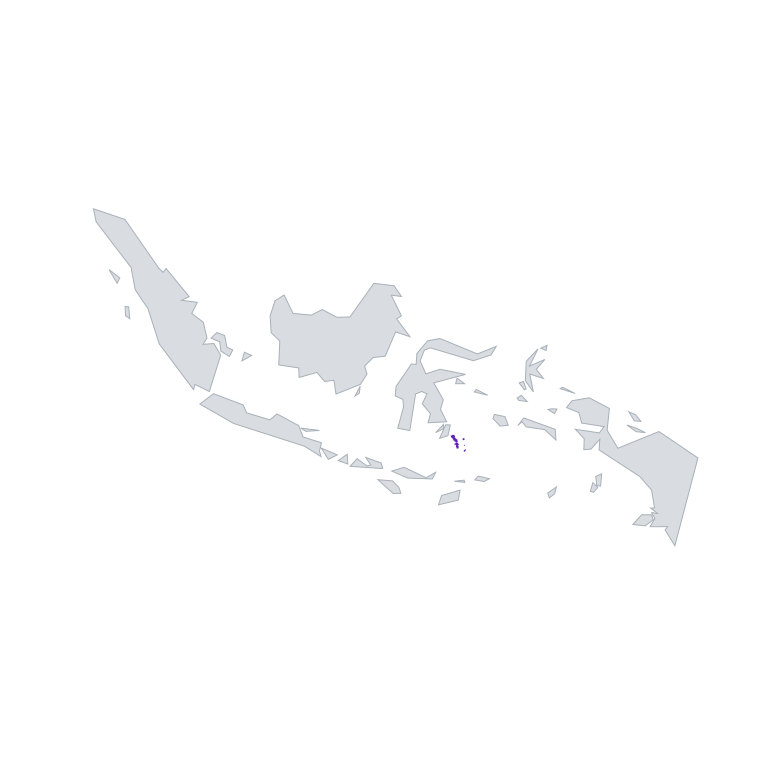 Wakatobi, Sulawesi Tenggara, Indonesia (highlighted), rotated 13°
{"feature_id": "22746128B42553963392557", "entity_name": "Wakatobi", "entity_type": "district", "adm_level": 2, "iso_a3": "IDN", "parent_name": "Indonesia", "parent_adm1": "Sulawesi Tenggara", "projection": "albers", "projection_center": [123.878, -5.686], "detail": "fine", "context": "in_parent", "style": "filled", "palette": "violet", "viewbox_px": 768, "rotation_deg": 13, "n_neighbors": 0, "source": "geoboundaries", "source_scale": "gbopen_adm2", "svg_char_len": 6497}
<svg xmlns="http://www.w3.org/2000/svg" viewBox="0 0 768 768"><g transform="rotate(13 384 384)"><path d="M266.7,319.8L279.5,335.7L297.7,333.2L307.0,325.4L323.2,329.6L335.7,326.4L351.5,288.2L371.6,286.0L381.3,294.8L371.1,295.8L385.6,313.7L381.7,317.8L398.7,332.1L383.6,330.6L378.9,356.7L367.4,360.6L361.1,371.0L365.2,378.2L361.1,389.7L339.5,404.6L334.4,391.7L325.5,394.9L316.0,387.8L299.8,396.7L297.3,387.5L277.2,389.1L272.8,365.6L262.5,359.3L257.7,343.2L259.1,327.4L266.7,319.8ZM61.5,278.6L94.6,282.0L138.4,321.7L143.7,324.9L145.7,320.5L174.5,342.7L167.9,348.0L183.7,346.4L180.8,358.5L194.0,364.5L201.2,379.0L198.7,386.1L209.1,382.8L218.4,392.6L215.5,430.6L199.9,426.9L199.6,432.3L156.1,395.6L137.1,363.7L120.3,348.0L111.4,327.4L67.1,290.8L61.5,278.6ZM706.5,385.4L703.8,476.2L690.7,463.0L692.4,459.2L675.3,463.2L678.3,454.1L673.7,449.3L675.4,448.7L678.1,449.1L679.7,448.6L671.8,444.9L675.5,443.9L668.6,427.2L654.1,416.6L608.4,399.9L606.7,389.2L600.3,400.9L593.5,403.0L591.4,392.3L580.6,385.1L604.8,383.2L608.0,376.0L585.4,377.6L580.3,368.0L567.2,365.9L571.0,358.0L587.0,351.3L609.1,357.1L611.8,378.9L626.3,394.0L662.6,368.5L706.5,385.4ZM481.7,331.7L465.8,341.2L421.1,338.3L415.7,341.9L414.0,353.4L422.5,364.7L435.2,357.1L461.3,356.3L432.2,371.7L445.3,386.0L444.8,396.0L453.5,406.7L435.6,411.9L436.0,402.6L425.8,394.7L428.0,383.9L422.4,382.8L417.0,386.7L419.6,423.6L407.4,424.0L408.2,401.9L405.9,394.7L397.6,393.1L396.3,383.7L406.2,358.3L410.9,357.7L409.2,346.9L416.8,332.1L428.2,327.1L468.3,333.7L484.9,322.1L481.7,331.7ZM220.1,431.8L251.5,436.1L256.6,443.0L280.9,444.6L286.4,437.2L310.2,443.7L317.0,453.8L336.3,455.3L336.2,463.9L339.0,468.9L320.4,462.5L246.4,456.3L209.1,445.0L220.1,431.8ZM521.7,333.9L535.2,323.9L529.1,335.5L538.1,342.8L523.8,341.5L531.3,358.1L521.0,349.0L517.5,329.8L526.1,315.2L521.7,333.9ZM527.9,385.6L561.0,389.7L564.1,399.8L550.8,392.3L532.3,393.8L526.9,389.7L523.7,394.4L527.9,385.6ZM452.4,465.7L428.2,470.3L411.2,467.1L422.3,460.6L446.0,465.9L454.2,458.6L452.4,465.7ZM382.7,459.7L399.0,461.6L401.8,466.7L369.5,471.8L374.6,462.8L385.8,467.7L389.4,465.8L382.7,459.7ZM482.0,470.3L482.5,480.4L464.3,489.4L465.2,479.7L482.0,470.3ZM217.8,372.6L222.7,383.5L229.0,384.8L227.1,391.9L217.7,388.7L214.4,379.8L205.2,378.2L209.6,371.5L217.8,372.6ZM670.4,463.5L658.1,464.8L664.4,453.5L674.0,451.3L676.9,455.6L670.4,463.5ZM414.1,476.5L421.6,481.3L425.1,486.7L417.5,488.6L399.6,478.6L414.1,476.5ZM509.2,388.6L514.3,396.3L506.7,398.9L497.9,393.2L498.4,388.8L509.2,388.6ZM337.2,460.5L354.4,463.6L346.7,469.9L337.2,460.5ZM364.0,460.7L366.7,470.1L356.6,468.9L364.0,460.7ZM248.6,386.0L240.4,393.4L240.9,384.4L248.6,386.0ZM616.3,422.6L618.0,434.7L614.2,435.2L611.1,426.4L616.3,422.6ZM331.5,443.8L318.4,447.7L312.8,445.7L331.5,443.8ZM457.8,409.0L457.9,419.9L450.4,424.5L453.2,409.9L457.8,409.0ZM90.4,334.4L102.7,340.1L101.3,345.9L90.4,334.4ZM121.6,377.6L116.8,375.5L114.3,366.7L117.9,366.3L121.6,377.6ZM570.7,457.8L568.1,453.4L575.2,445.5L574.9,452.6L570.7,457.8ZM558.6,347.0L572.2,350.2L556.8,348.9L558.6,347.0ZM475.1,368.6L487.6,371.6L473.8,371.4L475.1,368.6ZM451.9,414.3L445.3,419.7L451.1,409.9L451.9,414.3ZM628.9,356.1L636.0,357.3L642.7,362.6L636.2,363.6L628.9,356.1ZM508.0,452.6L503.4,456.5L494.1,457.0L496.6,452.5L508.0,452.6ZM615.5,436.7L612.5,442.4L609.2,442.1L609.7,433.1L615.5,436.7ZM527.4,368.8L519.1,369.7L516.8,367.8L520.3,364.2L527.4,368.8ZM629.9,369.3L640.1,370.4L649.7,372.6L640.4,373.7L629.9,369.3ZM453.9,361.9L462.4,365.6L453.7,367.6L453.9,361.9ZM534.4,314.9L528.7,313.8L534.1,309.7L534.4,314.9ZM474.5,462.9L483.7,459.7L484.9,461.7L474.5,462.9ZM558.2,369.5L556.7,374.5L549.5,371.9L553.1,370.4L558.2,369.5ZM362.0,398.6L358.5,402.1L361.3,391.5L362.0,398.6ZM519.3,350.1L523.6,356.9L522.0,358.0L515.5,352.6L519.3,350.1Z" fill="#d9dde1" stroke="#a8b0b8" stroke-width="1"/><path d="M463.4,418.7L463.2,418.7L462.9,418.7L462.7,418.7L462.6,418.8L462.5,419.0L462.6,419.3L462.6,419.5L462.7,419.8L462.8,419.8L462.8,420.0L463.4,420.6L463.6,420.6L463.8,420.5L464.0,420.5L464.2,420.4L464.1,420.0L464.2,419.7L464.3,419.4L464.2,419.3L464.2,419.2L464.0,418.9L463.7,418.8L463.5,418.7L463.4,418.7ZM468.9,428.1L468.8,428.3L468.9,428.5L469.0,428.7L469.2,428.8L469.4,428.9L469.5,428.9L469.8,428.9L469.9,429.0L469.8,429.3L469.7,429.4L469.7,429.5L469.8,429.7L470.0,429.6L470.3,429.5L470.3,429.4L470.3,429.2L470.2,428.9L470.1,428.5L469.8,427.9L469.7,427.9L469.4,427.7L469.1,427.5L468.9,427.7L468.9,427.8L468.9,428.0L468.9,428.1ZM465.2,421.9L464.9,421.8L465.0,422.0L465.3,422.4L465.8,422.8L465.9,423.0L466.0,423.1L466.1,423.3L466.2,423.5L466.3,423.5L466.5,423.5L466.6,423.4L466.7,423.2L466.8,423.2L466.7,423.0L466.5,422.9L466.3,422.7L466.2,422.6L466.1,422.4L465.9,422.3L465.9,422.2L465.7,422.2L465.5,421.9L465.4,421.9L465.2,421.9ZM467.9,425.3L467.7,425.4L467.7,425.6L467.8,425.6L467.9,425.8L468.0,425.9L468.1,426.0L468.4,426.1L468.5,426.1L468.8,426.1L469.0,426.0L469.3,425.9L469.1,425.8L469.0,425.7L468.9,425.6L468.7,425.5L468.4,425.3L468.1,425.3L467.9,425.3ZM462.0,419.8L461.9,419.8L461.7,419.8L461.8,420.0L462.0,420.2L462.2,420.3L462.3,420.4L462.5,420.4L462.6,420.5L462.8,420.5L462.8,420.4L462.7,420.5L462.6,420.4L462.4,420.2L462.2,420.0L462.3,420.0L462.2,419.9L462.0,419.8ZM466.9,422.9L466.8,423.0L466.9,423.3L467.1,423.4L467.3,423.5L467.5,423.5L467.5,423.4L467.4,423.4L467.5,423.4L467.5,423.2L467.4,423.2L467.2,423.1L467.0,422.9L467.0,423.0L466.9,422.9ZM463.9,420.9L463.7,420.9L463.4,420.9L463.4,421.0L463.5,421.0L463.8,421.2L464.1,421.3L464.2,421.2L464.3,421.1L464.2,421.1L463.9,420.9ZM468.3,426.4L468.1,426.4L467.9,426.4L467.9,426.5L468.0,426.6L468.3,426.7L468.5,426.6L468.4,426.5L468.3,426.4ZM474.0,419.9L473.9,419.8L473.8,419.7L473.7,419.7L473.7,419.8L473.9,420.1L474.0,420.1L474.1,419.9L474.0,419.9ZM467.4,422.8L467.4,422.7L467.2,422.8L467.1,423.0L467.3,423.0L467.4,422.9L467.5,422.9L467.4,422.8L467.4,422.8ZM468.2,426.1L467.8,425.8L467.7,425.8L467.7,426.0L467.9,426.1L468.1,426.2L468.2,426.1ZM466.0,421.6L465.9,421.6L465.9,421.9L466.0,421.9L466.1,421.7L466.0,421.6ZM465.2,422.5L465.3,422.4L465.2,422.3L465.0,422.5L465.2,422.5ZM477.6,431.0L477.7,430.8L477.7,430.7L477.5,430.9L477.5,431.0L477.6,431.0ZM465.9,422.0L465.6,422.0L465.8,422.1L465.9,422.0ZM467.4,426.3L467.4,426.2L467.3,426.3L467.4,426.3ZM466.8,423.4L466.7,423.4L466.7,423.5L466.8,423.5L466.8,423.4L466.8,423.4ZM463.7,420.7L463.5,420.8L463.6,420.7L463.7,420.7ZM462.8,420.1L462.7,420.1L462.8,420.2L462.8,420.1ZM475.9,425.3L476.0,425.3L476.0,425.2L476.0,425.3L475.9,425.3Z" fill="#8b5cf6" stroke="#5b21b6" stroke-width="1.5"/></g></svg>